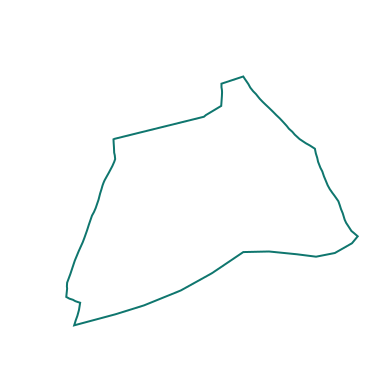 the district of Grande Riviere/Ingle Woods, Gros Islet, Saint Lucia, rotated 165°
{"feature_id": "8701671B99819358130632", "entity_name": "Grande Riviere/Ingle Woods", "entity_type": "district", "adm_level": 2, "iso_a3": "LCA", "parent_name": "Saint Lucia", "parent_adm1": "Gros Islet", "projection": "orthographic", "projection_center": [-60.956, 14.031], "detail": "fine", "context": "isolated", "style": "outline", "palette": "teal", "viewbox_px": 384, "rotation_deg": 165, "n_neighbors": 0, "source": "geoboundaries", "source_scale": "gbopen_adm2", "svg_char_len": 1423}
<svg xmlns="http://www.w3.org/2000/svg" viewBox="0 0 384 384"><g transform="rotate(165 192 192)"><path d="M340.3,93.7L339.2,93.7L324.9,93.7L297.5,93.7L267.7,94.9L228.3,99.8L193.8,108.4L158.0,120.7L133.0,114.6L106.8,104.7L88.9,97.4L69.8,96.1L50.7,101.1L43.4,106.3L46.1,110.3L48.1,113.1L50.2,119.6L51.1,122.3L51.7,125.8L51.9,132.4L52.5,137.0L52.7,141.2L53.0,145.2L55.3,151.5L56.6,154.7L58.2,159.2L59.2,163.3L60.0,169.4L60.5,173.1L60.8,178.1L61.7,182.2L62.4,188.6L62.2,192.5L62.4,197.2L62.1,202.0L65.9,206.2L67.1,207.4L69.3,209.5L71.6,212.1L74.4,215.3L77.9,220.8L79.5,224.2L82.0,228.0L83.5,231.5L86.4,237.1L88.3,240.6L90.7,244.5L92.9,248.4L96.0,253.6L98.3,257.3L100.4,260.8L102.5,264.6L104.9,270.1L106.9,273.6L108.7,277.8L109.6,281.6L111.8,287.8L112.6,290.3L135.5,289.0L136.4,285.6L136.7,282.7L137.2,280.4L138.4,276.6L141.5,267.6L158.7,262.7L161.0,261.6L253.0,263.4L254.2,263.2L254.9,260.0L255.9,255.0L257.0,250.1L257.1,247.4L257.7,243.7L259.3,241.3L262.2,237.7L267.3,232.2L271.1,228.3L273.5,225.8L275.0,223.9L276.7,221.5L278.8,218.0L281.1,214.4L284.3,208.7L289.2,201.4L291.9,198.0L294.7,195.1L300.1,187.1L303.3,182.1L307.7,175.7L310.5,171.8L316.8,164.1L320.0,159.9L323.0,156.0L330.7,144.3L333.4,140.5L336.1,136.7L337.3,133.1L337.6,131.1L340.6,123.2L338.0,120.7L334.9,118.7L333.0,116.8L330.2,114.9L328.7,114.0L331.7,107.3L334.8,102.0L337.4,98.3L339.8,94.5L340.3,93.7Z" fill="none" stroke="#0f766e" stroke-width="2"/></g></svg>